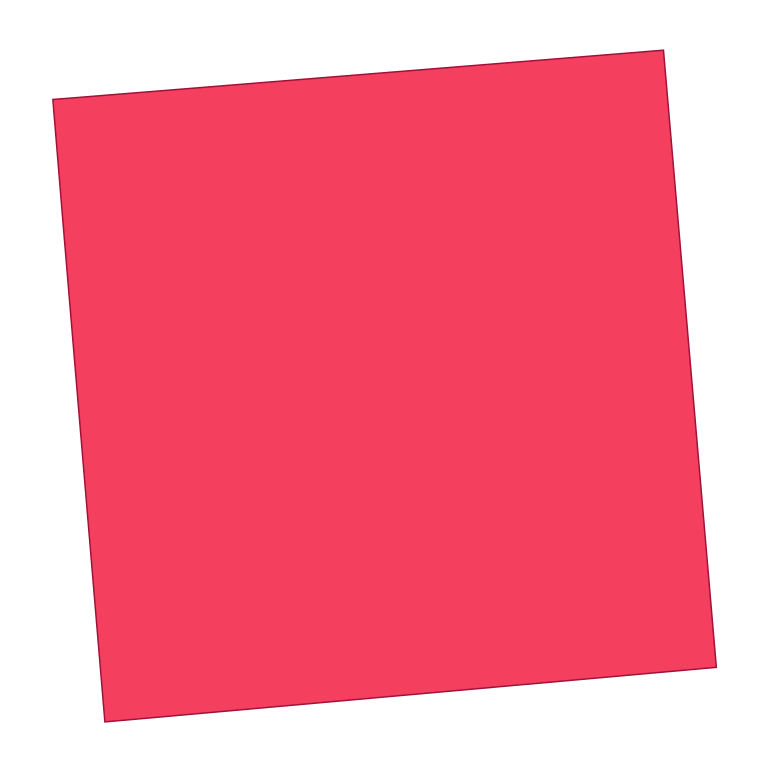 Collingsworth, Texas, United States of America (orthographic projection), rotated 85°
{"feature_id": "52423323B11356717138354", "entity_name": "Collingsworth", "entity_type": "district", "adm_level": 2, "iso_a3": "USA", "parent_name": "United States of America", "parent_adm1": "Texas", "projection": "orthographic", "projection_center": [-100.187, 34.965], "detail": "fine", "context": "isolated", "style": "filled", "palette": "rose", "viewbox_px": 768, "rotation_deg": 85, "n_neighbors": 0, "source": "geoboundaries", "source_scale": "gbopen_adm2", "svg_char_len": 262}
<svg xmlns="http://www.w3.org/2000/svg" viewBox="0 0 768 768"><g transform="rotate(85 384 384)"><path d="M696.3,691.5L696.3,691.4L695.6,291.9L695.2,77.6L75.8,76.5L71.7,689.1L216.0,689.8L696.3,691.5Z" fill="#f43f5e" stroke="#9f1239" stroke-width="1.5"/></g></svg>